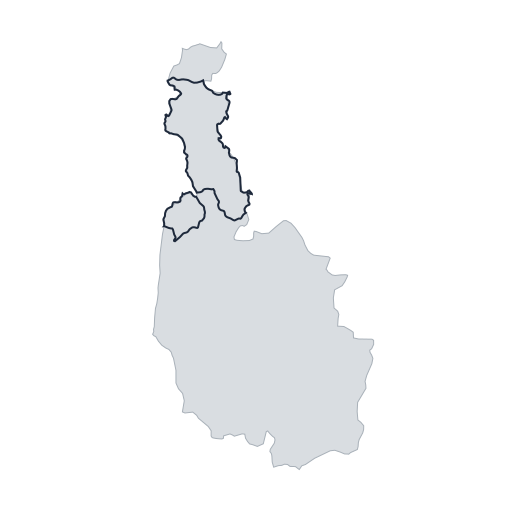 where Tirol sits in Austria, rotated 85°
{"feature_id": "AUT-2329", "entity_name": "Tirol", "entity_type": "State", "adm_level": 1, "iso_a3": "AUT", "parent_name": "Austria", "parent_adm1": "", "projection": "mercator", "projection_center": [11.6, 47.192], "detail": "fine", "context": "in_parent", "style": "outline", "palette": "slate", "viewbox_px": 512, "rotation_deg": 85, "n_neighbors": 0, "source": "natural_earth", "source_scale": "10m", "svg_char_len": 8426}
<svg xmlns="http://www.w3.org/2000/svg" viewBox="0 0 512 512"><g transform="rotate(85 256 256)"><path d="M39.7,293.5L44.3,283.3L45.3,277.0L41.2,273.3L39.5,272.2L40.9,271.4L46.7,272.1L50.3,270.0L52.2,267.9L57.4,269.9L64.9,273.8L68.4,276.5L69.9,278.5L70.7,280.3L70.3,283.2L72.0,284.4L75.5,284.8L77.9,285.7L77.1,289.6L76.9,292.8L80.2,292.4L84.3,289.9L87.5,285.5L89.5,281.2L91.0,270.8L91.5,269.9L93.9,270.7L103.9,270.3L108.6,272.2L116.1,272.6L116.0,274.2L117.3,276.7L120.6,280.4L122.2,282.8L125.7,283.2L131.0,281.9L134.2,280.5L135.4,281.5L140.2,280.6L144.6,277.6L145.6,275.3L150.0,273.7L155.9,270.1L164.0,267.2L190.7,264.2L191.7,261.9L191.3,256.6L192.0,255.9L195.4,257.2L200.8,258.4L204.9,260.3L207.6,262.7L210.0,262.8L213.9,261.1L219.1,260.0L223.9,262.5L225.4,265.2L224.5,266.6L224.6,268.9L226.1,270.7L230.1,273.7L235.1,276.3L237.7,276.1L238.7,273.6L239.7,267.6L240.0,261.2L238.8,257.5L236.1,256.6L232.8,256.3L231.1,255.6L231.7,253.5L234.3,248.3L234.3,241.3L228.4,233.3L223.3,225.6L223.3,222.9L226.4,218.3L231.1,214.7L241.6,208.6L244.9,207.3L249.2,206.3L255.3,203.8L258.2,201.2L260.2,198.4L263.1,183.8L263.7,183.2L264.6,182.3L275.3,187.4L276.3,186.5L278.1,185.7L281.5,181.8L282.3,178.9L282.2,173.3L282.5,168.1L283.2,166.4L284.8,167.0L289.4,169.8L293.1,172.8L296.5,180.6L304.5,182.6L314.6,182.8L318.2,179.4L321.5,178.6L325.2,179.6L333.0,180.8L333.9,174.6L338.4,168.1L340.4,165.8L346.1,166.0L347.6,161.2L349.0,147.7L350.2,146.2L354.3,146.5L358.5,148.9L359.7,150.9L361.9,150.8L364.9,149.4L368.2,148.5L373.4,150.0L384.6,156.1L390.4,158.3L394.0,157.9L397.4,158.0L410.6,167.5L419.8,168.8L428.2,168.8L430.9,166.0L434.5,163.5L438.2,163.9L441.5,165.1L447.8,169.2L450.8,170.3L454.7,170.9L457.6,171.9L460.1,179.0L461.5,180.9L461.3,181.8L460.9,185.0L458.7,189.1L456.4,194.4L456.5,199.0L462.6,215.2L468.0,224.9L469.0,228.7L472.5,231.5L469.2,235.1L468.6,240.4L466.4,242.8L465.9,245.8L466.8,248.6L466.8,252.0L467.9,256.8L462.7,257.8L456.4,257.6L454.1,257.9L452.0,259.2L449.8,258.6L444.1,254.1L440.9,253.1L438.7,253.4L437.0,255.3L434.0,257.8L431.3,259.6L431.9,261.1L443.7,265.1L445.8,271.2L443.5,276.2L442.7,278.7L440.0,280.6L436.6,282.3L432.5,282.7L432.0,285.4L433.6,293.3L432.3,295.0L431.0,297.4L432.3,303.9L434.8,304.4L435.3,305.9L434.9,308.5L434.4,311.3L433.6,314.2L433.1,315.5L431.4,316.4L426.2,315.9L421.7,318.4L412.6,327.5L409.5,329.0L406.0,332.6L406.2,340.5L405.8,341.2L404.9,342.9L394.1,340.1L393.7,340.1L386.5,341.1L381.5,344.8L375.5,346.8L362.9,345.7L350.6,347.1L347.7,348.2L344.5,348.8L341.5,350.9L339.8,353.9L336.7,357.6L332.4,360.6L327.7,362.8L326.5,364.7L325.0,365.8L322.3,364.4L320.2,364.5L317.6,363.5L308.9,362.4L299.4,360.7L294.9,359.0L289.7,357.7L284.2,356.6L279.2,356.4L276.7,355.9L264.8,353.0L256.9,352.8L246.5,351.6L225.9,347.2L219.9,345.4L214.1,344.8L207.3,343.3L202.2,340.8L198.9,336.1L195.3,329.7L188.9,321.5L187.6,317.4L189.5,313.8L191.6,311.0L191.3,309.8L189.7,309.3L178.4,312.8L167.4,317.3L163.0,317.4L158.8,316.4L153.3,316.3L147.9,317.5L137.2,318.1L130.9,321.4L126.9,327.8L124.7,333.0L122.9,334.6L119.2,335.3L113.6,334.8L109.7,333.3L105.7,328.9L99.4,328.3L93.7,328.2L92.2,327.3L92.3,324.5L90.1,319.1L86.4,317.4L76.7,327.5L74.1,328.5L66.3,325.6L59.6,321.3L58.8,318.1L57.7,315.5L52.0,313.0L44.9,311.3L42.7,311.3L43.5,309.8L44.4,307.2L43.9,305.1L42.2,302.9L41.3,300.6L41.0,298.4L40.5,296.6L40.2,294.8L39.7,293.5Z" fill="#d9dde1" stroke="#a8b0b8" stroke-width="1"/><path d="M74.0,328.9L73.6,328.8L73.6,328.6L72.5,325.9L71.2,323.8L71.1,322.9L71.3,322.2L72.0,321.3L72.7,320.7L73.3,319.8L73.7,318.8L73.9,317.3L73.8,316.5L73.7,315.3L73.6,314.3L73.7,313.0L74.4,309.7L74.9,308.1L77.1,304.7L78.0,302.7L78.1,300.3L78.1,299.5L77.4,295.8L76.4,293.4L80.1,292.9L81.3,292.4L83.9,290.9L85.0,289.8L86.0,288.5L87.3,285.9L87.6,285.4L88.2,285.0L89.4,284.6L89.9,284.2L90.8,283.0L91.7,281.3L92.2,279.4L92.2,277.6L91.9,276.6L91.6,275.8L91.1,275.3L90.3,274.8L90.9,271.5L91.0,270.7L90.6,269.8L90.1,268.8L90.0,268.1L90.9,267.8L91.8,267.6L92.3,267.4L92.5,267.6L92.7,268.4L92.7,268.7L92.4,269.1L92.2,269.6L92.3,270.4L92.6,270.8L93.0,271.1L93.9,271.5L96.3,271.9L97.0,271.7L97.7,271.2L98.9,269.5L99.7,269.0L101.0,269.0L108.5,271.9L108.8,272.1L109.0,272.6L109.2,273.0L109.7,273.1L111.4,272.9L113.7,271.9L114.5,271.6L115.3,271.7L115.9,272.0L117.2,273.0L116.7,273.6L114.9,274.8L115.3,275.5L118.2,276.9L121.0,279.9L121.2,280.3L121.2,280.9L121.1,281.5L120.9,281.8L121.4,283.0L122.1,283.4L128.1,283.5L129.2,283.2L132.9,280.6L134.3,280.2L135.5,280.7L135.4,283.0L136.8,283.2L138.0,282.6L138.8,281.7L139.6,280.7L140.7,279.7L141.7,279.3L144.2,279.3L145.1,278.9L145.6,278.1L145.4,277.4L144.8,277.0L144.1,276.8L146.8,273.7L148.0,273.4L149.4,273.6L150.7,274.0L153.4,273.6L154.6,273.1L155.7,272.0L155.9,271.2L156.4,269.2L156.8,268.3L158.4,267.0L158.6,266.7L159.6,266.7L162.1,267.2L166.7,267.3L169.9,267.9L170.5,267.7L171.1,266.3L171.7,265.9L176.5,264.9L189.5,265.5L190.0,265.4L191.6,263.3L191.8,262.8L191.9,262.0L191.8,259.7L191.6,259.3L191.3,259.1L190.9,258.6L190.4,258.1L190.3,257.6L190.2,256.9L191.1,256.5L192.4,255.4L192.9,255.1L193.7,254.7L193.9,254.7L193.7,255.1L193.6,256.0L193.4,256.7L193.0,257.2L192.8,257.8L193.1,258.7L193.7,259.2L194.3,259.1L195.6,258.4L196.8,258.2L200.1,259.0L201.1,258.8L203.3,257.9L204.2,258.1L204.5,258.6L205.1,260.4L205.4,261.1L205.8,261.6L207.5,263.0L208.3,263.4L209.5,263.4L210.7,263.2L211.6,262.8L212.1,262.3L213.6,264.9L214.8,265.9L216.8,267.3L217.3,267.9L217.5,268.3L217.4,268.7L217.2,269.3L217.2,270.0L217.5,271.0L218.6,273.8L218.7,274.4L218.6,274.7L218.3,275.3L217.9,276.0L216.8,277.4L216.2,278.4L215.0,281.0L214.6,281.6L214.1,282.2L213.6,282.6L213.1,283.0L212.4,283.2L209.6,283.5L209.1,283.7L208.6,283.9L208.3,284.3L207.9,285.1L207.4,286.6L206.8,287.5L206.1,288.2L205.4,288.6L204.3,289.0L202.4,289.3L201.6,289.3L200.8,289.0L199.5,288.3L198.9,288.2L198.0,288.3L196.0,289.5L189.7,291.8L187.9,291.7L187.2,291.9L185.6,292.7L185.7,294.4L184.9,297.7L184.8,298.9L184.8,300.5L184.9,301.4L185.2,302.2L185.5,302.8L186.5,303.5L186.9,304.0L187.4,305.2L187.6,306.0L187.7,309.1L187.7,309.5L186.7,309.7L181.0,312.7L176.9,312.9L174.4,313.8L172.0,315.1L170.0,316.7L167.5,317.1L166.8,317.5L165.7,318.4L165.1,318.5L164.0,318.1L162.2,316.8L161.1,316.7L160.7,316.7L160.2,316.7L157.2,316.1L155.8,316.2L154.2,316.7L153.6,317.0L153.1,317.1L152.6,317.0L152.1,316.7L151.8,316.3L151.5,316.0L151.1,315.7L150.1,315.5L149.5,315.6L149.0,316.0L148.6,316.7L146.7,318.6L144.9,318.5L143.2,317.6L141.1,317.2L137.2,317.8L133.2,319.1L132.2,319.7L128.5,323.4L128.1,324.4L127.5,327.3L126.4,329.9L126.4,330.2L126.4,331.1L126.3,331.5L126.1,331.8L125.4,332.0L125.2,332.3L123.9,334.5L123.1,335.3L122.3,335.4L121.4,335.1L119.4,334.9L118.4,335.0L116.5,335.7L116.0,335.7L115.4,335.5L114.4,334.6L113.9,334.4L113.3,334.4L112.2,334.7L111.7,334.6L110.0,333.7L109.4,333.5L108.2,333.9L107.6,333.9L107.2,333.1L107.5,332.7L108.8,331.7L109.0,331.1L108.5,330.3L104.1,327.7L103.3,327.4L102.3,327.5L96.5,329.1L94.1,328.9L92.3,327.4L92.2,325.6L92.9,322.8L92.6,321.4L92.0,320.8L90.1,319.2L88.9,317.3L88.3,316.7L88.0,316.5L87.7,316.4L87.4,316.5L85.8,317.4L84.3,319.1L83.3,321.0L83.3,322.5L81.9,322.6L80.8,322.3L79.9,322.5L79.0,323.9L78.7,325.0L78.7,325.7L78.5,326.3L77.9,327.2L75.5,328.4L74.0,328.9ZM206.8,343.0L205.4,342.8L203.1,341.8L201.2,340.1L200.1,337.4L199.6,335.6L198.6,335.0L197.5,334.8L196.3,334.4L195.7,334.0L195.4,333.7L195.3,333.1L195.3,332.0L195.4,331.1L195.7,330.5L195.8,329.9L195.8,328.9L195.3,327.1L194.4,326.4L192.0,326.4L191.2,326.1L190.9,325.7L190.5,325.2L189.9,324.5L189.3,324.2L187.9,323.9L187.3,323.7L188.2,322.9L188.2,322.1L187.8,321.3L187.4,320.4L187.1,318.5L186.8,317.5L186.4,316.7L187.0,315.2L190.5,313.3L191.7,311.7L191.7,310.5L193.3,309.7L198.3,307.4L201.7,304.1L202.7,303.6L203.8,303.5L205.2,303.5L207.2,303.1L208.7,303.1L210.3,303.7L211.8,303.8L212.9,304.1L213.9,304.6L216.1,306.8L216.3,308.4L216.8,309.0L217.5,309.6L222.4,311.3L222.9,311.9L222.8,312.8L222.1,314.5L222.0,315.2L221.9,315.7L221.9,316.1L221.9,316.5L222.1,317.3L222.5,318.0L223.0,318.8L223.5,319.7L224.7,320.8L225.3,321.2L226.0,322.0L226.4,322.8L226.7,324.0L226.8,325.1L227.2,326.4L227.8,327.2L230.4,330.0L233.8,334.8L234.2,335.4L234.1,335.7L234.1,335.9L234.0,336.1L233.8,336.3L233.6,336.3L233.1,336.3L231.1,334.7L230.5,334.5L229.8,334.6L227.5,335.6L222.5,336.4L221.3,337.0L221.1,338.4L220.8,339.4L220.4,340.6L218.5,344.3L218.3,344.9L218.3,345.0L218.2,344.9L215.4,344.6L212.0,345.1L211.2,345.0L210.3,344.5L208.5,343.3L206.8,343.0Z" fill="none" stroke="#1e293b" stroke-width="2"/></g></svg>